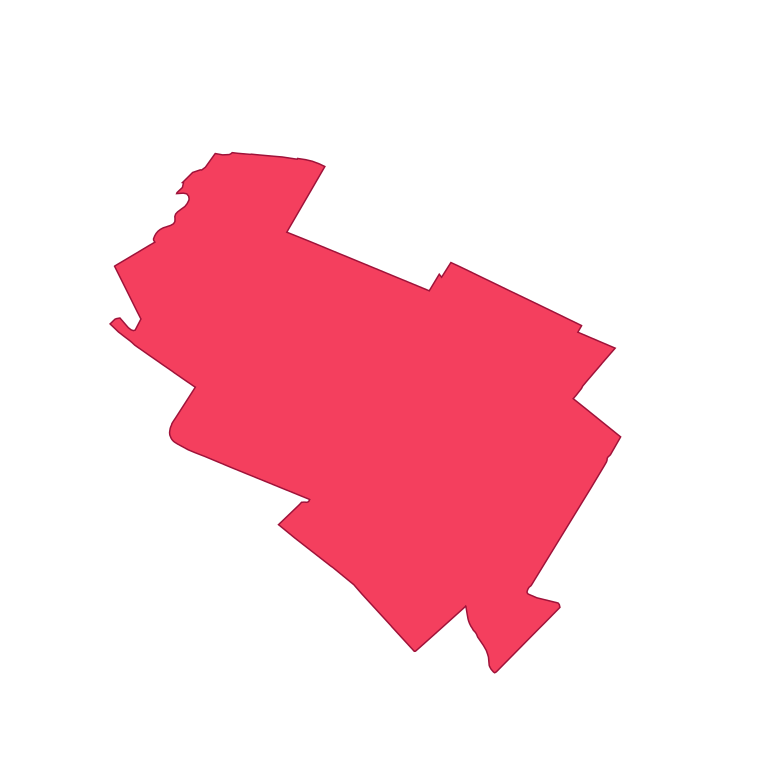 outline of Surdila-Gaiseanca, Braila, Romania, rotated 316°
{"feature_id": "2599482B95731435419780", "entity_name": "Surdila-Gaiseanca", "entity_type": "district", "adm_level": 2, "iso_a3": "ROU", "parent_name": "Romania", "parent_adm1": "Braila", "projection": "natural_earth1", "projection_center": [27.332, 45.064], "detail": "fine", "context": "isolated", "style": "filled", "palette": "rose", "viewbox_px": 768, "rotation_deg": 316, "n_neighbors": 0, "source": "geoboundaries", "source_scale": "gbopen_adm2", "svg_char_len": 3061}
<svg xmlns="http://www.w3.org/2000/svg" viewBox="0 0 768 768"><g transform="rotate(316 384 384)"><path d="M264.8,669.1L293.2,668.4L312.9,667.9L325.8,667.6L332.4,667.5L355.4,666.9L356.9,664.4L357.1,662.5L345.4,643.9L341.8,635.3L342.0,633.5L342.6,632.8L344.4,631.8L345.5,631.4L346.2,631.2L347.1,631.0L347.8,631.0L348.6,631.1L349.3,631.2L350.6,631.0L356.3,629.5L441.8,607.4L451.5,604.9L461.2,602.4L475.7,598.5L482.0,596.8L485.4,595.9L489.9,594.6L491.7,593.6L492.9,592.5L494.5,592.1L496.5,592.2L497.7,592.2L501.8,591.0L515.6,587.0L517.5,586.4L517.3,585.0L511.2,536.0L509.9,526.0L514.4,525.6L523.0,524.4L525.5,523.5L534.1,522.6L534.3,522.6L554.4,520.7L554.7,520.6L575.2,518.8L559.4,481.4L566.7,479.3L566.7,479.2L551.7,438.2L538.7,403.1L520.1,352.4L516.5,343.1L499.6,347.2L500.0,343.4L481.3,348.4L480.9,347.5L451.6,280.2L446.6,268.7L442.5,259.4L438.8,250.9L429.3,229.1L420.0,208.3L419.5,207.3L423.9,206.0L452.1,198.0L491.1,186.9L492.5,186.5L490.5,181.0L487.2,174.0L483.4,168.1L478.5,161.7L477.7,162.0L468.5,150.0L463.0,143.7L452.7,131.8L448.2,126.5L447.3,125.9L439.0,116.4L435.5,112.1L434.2,112.1L432.7,111.7L431.9,111.3L427.1,107.1L422.7,101.0L421.3,101.2L406.1,104.0L401.5,103.4L400.5,102.3L393.3,98.9L378.9,99.1L379.5,100.0L375.5,102.6L368.2,102.5L367.1,103.0L372.2,107.3L374.2,110.2L373.9,113.3L372.5,115.3L371.4,116.2L367.7,117.5L364.1,118.0L359.2,117.3L355.1,116.8L352.2,117.0L349.9,118.2L348.4,120.0L346.4,121.9L343.9,122.5L340.7,121.7L337.4,120.1L337.1,120.0L336.7,119.8L333.7,118.3L330.5,117.4L327.5,117.1L324.6,117.4L321.9,118.2L319.0,119.5L318.2,120.5L317.7,122.8L311.6,121.3L305.6,119.9L284.6,115.0L272.9,112.2L272.3,112.1L272.0,112.1L264.1,137.2L256.8,160.2L254.3,168.4L242.4,172.4L240.8,171.5L239.7,169.4L239.2,165.8L239.9,153.1L237.1,151.2L235.5,150.5L228.7,150.5L228.7,151.3L228.8,153.1L229.0,158.4L229.1,162.1L230.2,169.7L231.4,177.4L231.4,178.1L231.5,178.9L231.7,182.9L232.2,185.6L235.2,201.1L236.8,209.0L238.3,216.8L240.6,228.1L240.9,230.1L244.0,245.5L245.7,253.7L246.1,255.2L234.4,258.0L225.0,260.2L210.1,263.7L207.7,264.2L206.4,264.5L204.8,264.9L203.6,265.3L202.7,265.9L200.7,266.7L199.4,267.4L197.1,269.1L195.9,270.1L194.5,271.9L193.2,275.1L193.0,276.0L192.9,276.6L192.8,277.8L192.8,279.2L193.1,280.9L193.9,284.1L197.4,295.2L200.5,302.4L204.9,311.9L215.4,336.3L216.8,339.5L222.7,352.9L239.8,391.6L249.8,414.2L250.3,415.5L248.6,416.1L247.8,416.1L247.2,416.0L246.2,415.4L245.5,414.6L245.0,414.0L244.6,413.6L244.2,413.2L243.4,412.6L242.5,411.8L239.8,412.0L236.1,412.0L210.4,411.9L212.9,433.2L219.2,477.8L219.7,480.2L222.9,507.7L222.8,508.6L222.2,520.3L221.1,563.3L221.0,563.5L220.1,597.3L221.1,598.1L232.8,598.6L253.4,599.4L273.2,600.1L287.5,600.6L288.5,600.5L288.4,600.9L284.8,606.1L283.7,607.7L281.3,611.3L280.3,613.1L279.2,615.6L278.3,618.4L277.7,621.5L277.3,622.7L277.2,624.7L277.2,626.2L276.7,628.4L275.6,631.1L274.9,635.4L273.9,641.2L272.5,646.7L270.8,650.4L269.5,652.9L268.8,653.8L264.2,659.5L263.8,660.4L263.5,661.3L262.9,663.5L262.7,667.2L263.0,668.6L263.9,668.9L264.8,669.1Z" fill="#f43f5e" stroke="#9f1239" stroke-width="1.5"/></g></svg>